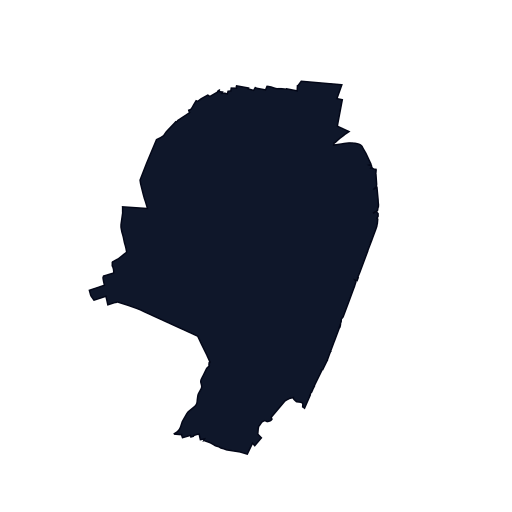 the district of Oisterwijk, Noord-Brabant, Netherlands, rotated 148°
{"feature_id": "6326949B32251552675078", "entity_name": "Oisterwijk", "entity_type": "district", "adm_level": 2, "iso_a3": "NLD", "parent_name": "Netherlands", "parent_adm1": "Noord-Brabant", "projection": "equal_earth", "projection_center": [5.215, 51.566], "detail": "fine", "context": "isolated", "style": "filled", "palette": "ink", "viewbox_px": 512, "rotation_deg": 148, "n_neighbors": 0, "source": "geoboundaries", "source_scale": "gbopen_adm2", "svg_char_len": 5790}
<svg xmlns="http://www.w3.org/2000/svg" viewBox="0 0 512 512"><g transform="rotate(148 256 256)"><path d="M397.7,127.0L397.6,126.9L397.3,126.4L396.4,125.2L394.7,123.1L393.6,121.6L390.9,116.7L391.0,116.7L390.6,116.1L388.6,113.9L387.5,111.7L385.5,109.6L383.7,107.2L373.5,98.4L372.6,97.4L370.4,94.9L368.4,92.6L358.1,99.1L357.6,95.8L349.2,98.5L347.8,98.9L348.9,104.0L345.0,109.2L344.9,109.1L344.2,109.9L343.9,110.3L343.2,110.3L339.5,111.9L338.6,112.1L337.0,112.0L336.2,111.9L335.9,111.7L335.6,111.5L335.3,111.2L334.5,109.9L334.3,109.7L333.8,109.4L333.2,109.2L331.7,108.8L331.2,108.7L330.4,108.7L329.7,108.9L328.9,109.2L328.8,110.5L328.7,110.5L328.6,110.8L328.4,111.1L328.1,111.5L327.9,111.6L327.5,111.5L308.3,117.7L306.0,117.7L304.0,117.5L303.3,117.5L299.3,116.2L299.8,115.6L299.8,115.0L299.7,113.9L298.9,111.0L298.6,110.8L298.2,110.4L295.8,108.5L295.0,107.5L294.7,107.0L294.6,106.4L294.6,105.8L295.1,105.1L296.4,103.3L296.0,102.6L295.5,101.2L284.0,109.1L284.3,109.3L284.1,109.5L281.5,111.2L281.3,111.0L281.1,111.0L280.8,111.2L279.3,112.2L279.4,112.3L275.7,114.5L275.8,114.6L275.4,114.9L274.8,115.4L274.3,115.7L261.6,123.6L261.4,123.7L261.1,124.1L261.0,124.4L261.0,124.5L260.8,124.8L260.2,124.4L259.8,124.2L253.2,128.3L251.8,129.2L251.3,129.4L251.4,129.5L250.2,130.3L245.6,133.9L243.7,135.3L243.4,135.4L243.5,135.5L235.7,141.5L234.2,142.6L223.0,151.2L222.9,151.1L222.4,151.5L222.3,151.4L221.9,151.8L221.5,152.2L222.2,152.2L219.1,154.8L218.5,155.3L217.3,157.0L217.0,157.3L214.4,158.2L201.2,168.3L191.0,176.2L188.1,178.4L187.9,178.7L185.2,180.9L184.8,181.7L184.9,183.3L183.4,181.5L180.9,183.4L181.3,183.8L176.8,187.0L158.7,200.9L158.8,201.0L157.9,201.7L150.3,207.4L151.1,207.5L150.9,207.7L150.1,207.6L140.6,214.9L138.5,216.6L137.8,217.2L136.4,218.8L136.0,219.1L134.7,220.8L133.5,222.4L133.3,222.7L133.2,223.0L133.6,223.8L131.4,225.0L130.0,227.3L130.6,229.8L131.1,230.0L133.5,230.1L133.5,230.4L131.9,230.4L130.1,230.0L129.3,230.1L128.7,230.3L126.8,232.6L126.3,232.7L125.0,234.5L123.9,236.8L122.5,239.3L120.3,243.7L117.1,250.0L120.8,250.1L120.9,250.4L119.5,250.6L117.4,250.9L117.1,251.4L116.4,252.0L115.7,252.9L110.9,261.9L110.9,262.2L110.8,262.3L110.7,262.6L110.6,262.8L110.4,262.9L110.1,263.2L108.6,265.2L108.3,265.9L109.6,266.8L110.1,267.4L110.5,268.1L110.7,268.7L110.8,269.5L111.5,269.4L112.2,269.4L112.3,269.7L111.9,269.8L110.5,270.6L110.1,271.9L110.9,272.5L111.5,272.7L111.8,273.1L111.0,272.8L109.8,273.2L109.7,273.8L109.1,279.0L108.4,284.7L108.2,290.7L108.0,292.9L108.2,293.6L108.3,294.1L108.7,295.1L109.2,295.9L110.1,297.0L112.1,299.0L113.4,299.9L114.5,300.8L116.6,302.2L117.8,302.9L119.1,303.5L121.6,304.7L123.9,305.6L131.3,308.9L129.9,310.5L129.4,310.3L128.0,310.5L128.0,310.4L125.6,310.9L122.5,311.4L120.2,311.6L117.6,311.8L117.6,312.0L111.2,312.2L118.2,322.9L116.9,324.5L100.0,342.8L104.0,346.6L92.5,355.7L125.0,380.2L130.5,378.1L130.7,378.3L133.6,374.2L138.7,379.0L141.4,381.5L141.6,381.2L141.8,381.3L145.9,384.5L149.5,386.7L150.2,387.3L150.6,387.7L151.9,389.2L153.6,391.3L156.2,393.7L156.4,393.8L156.5,393.7L156.8,394.0L158.7,392.6L159.2,392.3L159.5,392.1L160.0,391.8L160.2,392.1L166.1,397.5L166.6,398.0L167.0,398.6L167.4,399.2L170.2,397.7L170.3,397.7L174.2,402.1L173.4,402.5L182.3,410.6L182.7,410.3L182.8,410.2L182.7,409.9L182.8,409.8L183.0,409.5L183.4,409.3L183.4,409.2L183.5,408.8L183.6,408.6L188.0,411.5L189.9,409.3L192.4,410.5L193.8,409.1L194.4,408.6L196.1,410.5L198.8,412.0L198.5,412.1L197.5,412.8L199.8,414.6L199.6,415.0L200.0,415.5L199.9,415.7L199.6,415.9L199.4,416.1L200.3,416.2L201.2,415.9L201.4,415.4L210.6,415.7L211.6,418.0L219.2,418.4L223.4,418.0L224.5,419.4L229.6,416.8L229.8,416.6L230.0,416.5L231.5,415.7L232.9,415.1L233.5,414.9L234.1,414.9L235.8,415.3L236.0,414.8L236.1,413.9L236.1,412.9L237.4,412.7L250.4,412.4L252.3,411.7L252.9,412.4L254.9,411.8L263.2,409.7L266.4,408.8L269.2,407.6L270.5,407.0L274.0,406.9L278.7,407.4L299.5,392.7L314.1,381.8L315.4,378.8L315.8,377.7L318.8,368.5L320.1,364.2L320.9,360.8L322.8,353.8L323.2,354.0L343.1,368.4L343.3,368.0L345.8,364.0L346.3,363.1L347.0,362.3L353.8,354.2L354.5,353.1L355.2,352.0L355.7,350.8L357.0,347.5L357.9,344.3L358.6,342.1L359.8,338.9L360.6,336.7L361.4,333.8L362.2,331.4L363.6,327.9L363.8,327.7L367.5,327.4L368.8,327.2L373.8,326.6L375.1,326.6L375.3,326.7L380.6,327.0L381.0,326.9L381.4,326.6L381.7,326.0L383.1,323.9L383.2,323.3L383.2,322.6L383.4,321.9L383.8,320.5L384.2,319.6L385.0,318.0L385.7,317.0L395.9,319.8L397.1,318.8L397.2,318.7L397.3,318.6L398.0,317.0L398.8,315.0L400.0,311.5L415.5,315.2L416.6,311.5L416.8,311.0L417.0,309.9L417.1,308.7L417.0,308.2L416.8,304.4L404.6,301.4L404.7,301.2L406.0,297.3L407.2,294.0L407.5,293.1L400.6,291.4L400.3,291.3L399.5,290.8L397.9,290.5L390.5,281.8L385.0,274.9L382.5,271.5L380.0,267.5L347.9,218.9L348.9,210.6L350.2,197.6L350.3,197.3L351.1,191.2L351.1,190.4L351.6,190.1L351.8,190.4L351.9,190.5L352.1,190.5L352.4,190.2L352.4,189.9L352.6,189.7L352.9,189.5L353.1,189.4L353.2,189.1L353.4,188.9L353.3,188.4L353.4,188.0L353.6,187.9L353.9,187.9L354.1,187.8L354.1,187.7L354.2,187.3L355.1,187.3L356.2,187.1L356.8,187.0L357.9,186.5L363.8,182.8L365.7,181.7L368.1,180.2L368.5,179.8L369.0,179.3L369.5,178.6L369.8,177.9L370.6,175.3L370.9,174.7L371.2,174.0L371.8,173.3L372.8,172.5L377.6,169.8L378.8,168.9L379.8,167.8L381.8,165.4L383.3,163.4L384.3,162.4L385.0,161.9L385.8,161.5L386.4,161.2L387.6,160.9L391.4,160.4L395.2,159.9L396.4,159.7L397.3,159.3L398.1,159.0L403.9,155.9L406.4,154.5L407.1,153.9L410.3,151.2L411.1,150.6L411.6,150.3L412.8,149.6L413.6,149.3L414.9,148.9L415.6,148.8L416.5,148.6L419.5,148.6L419.5,148.1L414.1,144.1L413.7,144.0L413.9,143.7L414.1,143.1L414.6,140.9L406.6,138.6L407.1,137.0L404.6,136.3L404.2,136.7L403.6,136.7L401.1,136.1L398.6,135.2L400.5,129.7L396.5,128.2L397.6,127.6L397.6,127.4L398.1,127.1L397.7,127.0Z" fill="#0f172a" stroke="#020617" stroke-width="1.5"/></g></svg>